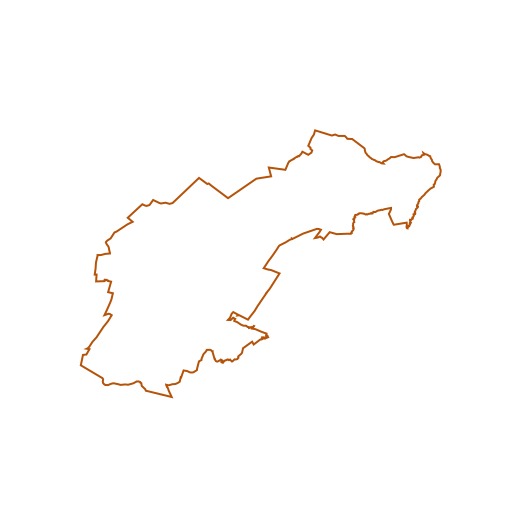 the district of Raucesti, Neamt, Romania, rotated 156°
{"feature_id": "2599482B39967061360083", "entity_name": "Raucesti", "entity_type": "district", "adm_level": 2, "iso_a3": "ROU", "parent_name": "Romania", "parent_adm1": "Neamt", "projection": "robinson", "projection_center": [26.386, 47.259], "detail": "fine", "context": "isolated", "style": "outline", "palette": "amber", "viewbox_px": 512, "rotation_deg": 156, "n_neighbors": 0, "source": "geoboundaries", "source_scale": "gbopen_adm2", "svg_char_len": 6086}
<svg xmlns="http://www.w3.org/2000/svg" viewBox="0 0 512 512"><g transform="rotate(156 256 256)"><path d="M51.5,265.4L55.1,266.9L56.1,269.0L56.5,271.1L56.2,272.4L56.6,274.2L56.3,276.3L57.2,277.1L58.2,278.7L60.5,280.7L61.2,282.0L61.5,280.2L63.7,280.5L64.7,279.4L66.7,279.4L67.4,280.1L72.1,281.4L75.5,283.8L77.7,285.6L78.1,286.2L79.2,288.6L79.4,288.8L89.2,289.9L92.4,291.5L94.1,290.9L96.6,290.6L97.1,290.4L98.8,290.2L100.4,290.6L101.5,290.4L102.1,290.0L102.2,289.7L101.9,288.6L103.5,289.5L105.2,291.8L105.7,291.9L107.5,293.6L108.2,294.9L110.7,297.5L111.0,298.4L112.1,300.1L112.4,301.4L113.2,302.6L113.4,304.3L113.9,305.7L113.6,308.3L113.1,309.4L113.2,310.4L120.6,323.8L124.9,325.9L125.2,327.4L126.1,329.6L131.9,332.2L134.3,334.8L137.7,335.2L150.9,346.7L153.7,343.4L157.2,341.2L163.4,335.4L162.2,332.8L162.7,331.6L161.7,329.6L163.3,327.9L167.1,327.2L171.2,332.4L172.9,331.1L176.1,329.6L176.5,329.7L176.7,330.1L177.6,330.1L178.2,329.8L178.6,330.0L183.4,329.3L183.3,329.2L185.6,329.1L186.1,328.9L187.0,329.0L188.8,327.8L194.1,322.8L208.3,331.6L209.8,322.6L224.2,326.5L258.0,320.2L268.0,338.1L269.7,341.5L271.2,341.6L276.3,350.5L310.7,338.3L313.8,338.8L317.0,341.5L321.4,342.6L322.7,343.7L327.2,349.0L332.3,346.0L333.0,345.9L335.7,346.3L336.8,347.2L338.8,349.5L357.6,343.1L354.8,337.4L360.5,337.2L373.6,335.0L375.7,335.1L381.6,331.2L385.4,330.6L387.1,330.0L387.6,329.6L387.7,329.2L387.5,326.9L387.0,324.8L387.1,323.5L387.9,320.1L388.0,318.9L388.4,317.7L392.7,319.2L397.4,320.0L400.4,321.3L400.7,320.6L404.8,315.2L407.7,309.7L410.9,304.6L409.2,303.9L412.4,297.8L404.8,294.7L404.5,294.7L404.1,295.5L403.7,295.3L403.6,295.7L402.8,295.3L402.9,295.0L401.5,294.3L401.2,293.8L401.4,293.4L398.8,291.5L405.8,283.1L401.9,280.2L405.6,275.3L408.1,272.8L414.4,267.1L418.5,263.6L414.1,263.2L413.1,262.4L411.9,260.6L417.8,256.6L424.2,253.3L434.9,246.5L440.1,244.2L445.4,240.8L447.4,240.1L448.3,240.1L446.1,238.6L451.0,235.0L454.3,236.0L460.5,227.4L445.9,206.8L445.8,205.5L446.9,203.9L447.4,202.2L447.0,200.9L446.2,199.5L443.8,198.3L440.3,198.2L437.9,197.7L434.1,195.0L432.3,193.4L427.6,191.8L425.2,190.4L419.9,189.6L416.0,189.9L414.2,189.1L413.1,188.0L413.2,187.3L412.5,186.6L413.1,184.4L413.1,183.5L411.4,179.5L411.4,177.7L390.4,161.5L390.5,168.7L390.2,171.2L390.6,172.4L390.4,173.2L390.6,174.0L390.4,174.9L388.6,173.5L386.5,173.1L384.6,172.9L381.9,171.9L379.4,171.8L376.8,172.2L374.1,175.8L373.8,175.5L368.7,180.9L365.7,178.9L363.8,176.7L362.6,175.9L360.6,175.2L356.4,175.8L355.6,177.1L351.0,182.9L349.3,183.1L348.2,183.1L347.5,184.3L343.9,187.7L340.4,189.2L339.3,190.2L338.8,190.2L338.0,189.7L337.3,189.5L336.1,189.0L335.5,188.4L334.9,186.7L334.4,186.6L334.8,185.5L335.7,178.9L335.4,178.8L335.6,177.9L335.5,177.0L335.4,176.4L334.8,175.6L333.9,175.2L331.4,175.4L330.3,175.7L329.3,174.4L329.1,173.9L330.4,173.7L330.8,173.3L330.2,172.3L329.6,171.9L328.5,172.6L326.7,173.2L325.6,172.9L324.7,173.1L323.8,173.0L323.5,172.1L323.2,172.0L321.8,171.9L321.8,171.2L321.4,170.8L321.0,169.5L320.5,169.3L317.5,170.3L316.6,169.7L314.9,169.4L314.2,170.0L313.5,170.1L313.1,171.5L309.4,172.6L308.2,173.2L305.4,177.0L294.4,179.3L294.1,176.1L285.9,178.0L285.2,177.6L283.9,177.5L283.5,178.0L284.0,178.0L284.1,178.5L283.6,179.1L283.3,178.8L282.6,178.9L282.4,178.6L281.8,178.3L282.4,178.0L282.4,177.6L282.2,177.4L281.9,177.5L281.4,176.9L280.9,177.1L280.2,177.0L280.1,177.4L279.6,177.2L279.5,177.6L279.2,177.5L278.9,176.9L278.1,176.9L278.2,177.3L278.0,177.7L278.6,178.0L278.8,178.3L278.2,178.5L278.3,179.1L278.5,179.4L278.8,179.1L279.1,179.2L279.1,179.4L278.7,179.8L279.3,180.0L278.5,180.0L278.0,180.9L281.7,184.4L286.3,189.4L289.0,191.2L286.3,192.8L286.5,193.0L287.8,192.3L289.5,193.1L290.1,192.8L291.7,193.1L291.5,194.0L292.6,194.6L293.2,196.0L293.6,196.4L295.9,197.5L297.8,199.6L300.0,203.2L302.3,205.5L301.7,206.3L300.6,207.0L302.0,208.9L305.3,207.8L307.6,209.0L305.2,210.0L304.2,210.7L301.8,213.1L299.6,214.0L296.3,209.7L297.1,209.2L295.4,208.7L289.2,201.1L286.3,202.8L279.7,206.3L274.8,209.7L261.5,217.9L261.6,218.0L256.9,220.4L241.6,230.5L247.7,236.8L249.9,238.4L250.1,238.4L253.9,241.7L246.7,246.3L240.6,249.7L234.4,253.5L231.3,255.6L230.1,256.1L223.3,256.4L218.3,257.1L216.3,256.8L216.1,257.4L215.7,256.9L215.3,256.8L203.8,257.3L189.2,256.0L187.8,255.2L186.0,253.6L187.8,252.3L194.8,248.4L192.0,247.7L189.6,247.8L188.8,246.3L188.2,245.7L187.6,243.6L179.0,247.8L173.3,243.1L163.0,239.0L160.4,237.7L159.2,237.9L159.1,238.2L159.3,238.7L158.6,239.1L158.5,239.5L157.7,239.6L156.4,240.3L155.8,241.0L156.0,241.5L156.0,241.9L155.4,242.0L155.4,242.6L155.1,243.1L155.3,243.5L155.2,244.3L154.8,244.6L154.1,246.1L153.2,246.9L152.5,246.9L152.0,248.8L151.3,249.6L151.9,249.5L152.2,249.9L152.0,250.2L150.1,251.1L150.0,251.4L149.6,251.4L149.8,252.0L148.8,252.5L148.8,253.0L148.5,253.1L146.8,252.5L146.0,252.8L145.4,252.5L144.6,253.0L143.6,252.8L141.5,251.7L141.0,251.2L140.3,250.9L138.8,249.2L137.9,249.2L137.5,248.7L136.1,248.7L135.2,248.4L134.1,248.4L133.8,248.0L133.3,248.2L133.2,247.9L132.7,247.9L132.2,247.5L130.8,248.6L130.5,248.5L130.4,248.2L129.0,247.6L126.9,247.9L125.5,247.8L124.4,247.4L122.5,247.2L122.0,246.7L119.6,246.5L113.1,245.0L113.6,243.9L114.0,243.4L117.5,240.4L117.6,233.0L117.5,228.8L117.4,228.5L117.0,228.4L104.8,225.2L105.4,223.4L106.7,221.3L106.8,220.3L106.7,219.9L106.3,219.6L106.0,220.3L105.4,220.6L105.3,221.0L104.7,220.7L104.1,220.8L103.8,221.0L103.8,221.7L102.9,221.8L101.4,223.1L101.7,223.3L101.1,223.6L101.5,224.1L101.0,224.5L101.0,225.4L100.1,225.7L100.6,226.1L100.5,226.4L99.5,225.9L98.9,226.3L97.6,226.3L97.4,226.7L97.6,227.4L97.4,227.6L96.8,227.4L95.7,228.4L95.1,229.2L95.3,229.6L95.2,230.0L94.8,230.0L94.6,229.4L93.5,229.6L93.4,229.8L93.8,230.2L93.4,230.7L93.3,231.2L92.9,231.2L92.7,232.1L91.9,232.5L90.7,233.9L89.5,234.2L88.0,235.0L87.9,235.4L88.7,235.9L88.5,236.6L87.7,237.3L86.3,238.0L85.9,239.0L85.5,239.3L84.5,239.8L84.0,241.1L82.1,241.5L80.8,242.3L77.1,243.5L75.7,244.4L71.2,246.0L69.1,246.6L65.3,246.9L64.6,248.9L63.4,249.1L61.4,251.7L60.1,252.4L58.6,253.7L55.2,254.8L53.0,258.0L52.2,259.8L52.3,261.8L51.9,262.3L51.7,263.2L51.5,265.4Z" fill="none" stroke="#b45309" stroke-width="2"/></g></svg>